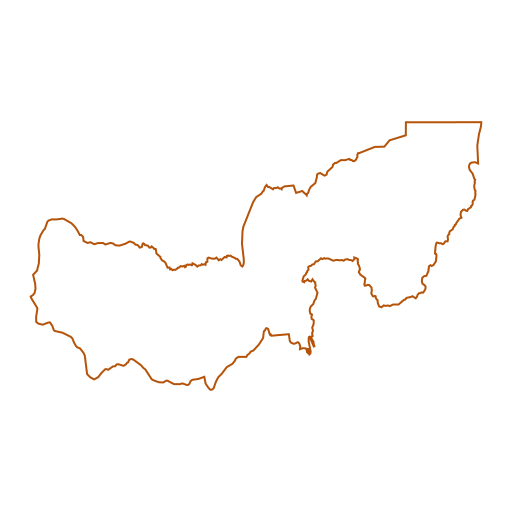 outline of Salcedo, Cotopaxi, Ecuador
{"feature_id": "8360857B66602561776891", "entity_name": "Salcedo", "entity_type": "district", "adm_level": 2, "iso_a3": "ECU", "parent_name": "Ecuador", "parent_adm1": "Cotopaxi", "projection": "equal_earth", "projection_center": [-78.584, -1.057], "detail": "fine", "context": "isolated", "style": "outline", "palette": "amber", "viewbox_px": 512, "rotation_deg": 0, "n_neighbors": 0, "source": "geoboundaries", "source_scale": "gbopen_adm2", "svg_char_len": 6069}
<svg xmlns="http://www.w3.org/2000/svg" viewBox="0 0 512 512"><path d="M314.4,346.2L313.9,344.9L313.4,341.4L311.8,339.3L311.4,336.5L312.6,336.0L312.1,333.1L312.9,331.2L312.9,330.3L312.2,327.7L313.6,324.1L313.8,320.8L313.6,320.1L311.6,318.8L311.4,316.6L312.0,315.0L311.8,314.3L310.4,313.8L309.7,310.8L309.9,308.7L310.8,306.4L313.2,304.2L314.5,300.5L315.9,298.7L317.5,292.7L315.0,287.6L315.7,285.8L315.1,283.1L315.3,282.5L313.8,281.2L312.5,279.3L311.2,281.5L308.8,280.8L307.7,279.3L306.3,280.6L304.6,281.0L304.3,282.2L302.6,281.6L302.4,280.5L303.7,276.4L305.8,274.4L306.3,272.9L307.1,272.2L307.2,271.1L308.5,269.6L308.2,267.1L309.6,266.0L310.7,266.0L312.3,264.5L313.8,264.4L315.8,261.4L317.7,261.3L321.0,258.3L322.3,259.1L324.3,258.1L325.2,258.7L328.1,258.4L333.3,260.7L336.3,259.9L340.4,260.3L341.9,260.0L343.7,260.7L345.2,259.5L347.6,259.2L348.9,259.9L351.3,260.2L352.6,261.0L354.4,259.1L354.3,257.5L357.6,258.8L358.0,259.7L357.5,261.0L358.1,262.5L357.8,263.8L359.0,265.6L359.9,268.8L359.8,270.1L359.3,270.5L358.8,272.1L360.3,274.6L364.8,277.8L365.4,278.7L364.9,279.9L364.8,283.0L364.3,283.8L364.6,285.5L365.0,285.8L367.6,284.9L369.3,285.1L371.5,287.6L371.8,290.5L371.3,293.3L372.5,295.8L373.3,296.5L374.9,295.9L375.6,296.2L375.8,297.9L376.7,299.5L377.5,300.1L377.9,303.4L379.2,306.5L381.6,307.2L383.7,305.4L385.6,305.9L387.9,305.5L389.9,306.1L393.0,304.5L398.5,304.5L403.8,300.0L405.3,299.5L406.5,297.9L411.1,296.9L412.4,296.2L415.7,298.3L417.0,296.7L417.7,294.6L419.1,293.2L420.5,293.1L421.4,292.4L423.0,292.7L423.6,292.1L425.4,289.0L425.6,286.9L425.1,285.6L422.5,283.7L421.9,281.6L422.2,277.9L424.2,276.1L426.4,275.8L428.7,270.4L428.4,269.2L428.8,268.4L428.9,266.4L430.5,265.2L431.7,266.0L433.5,265.0L435.9,261.3L436.5,255.5L436.1,254.0L435.3,253.9L435.0,253.3L435.6,246.3L436.3,243.3L437.0,242.5L439.3,243.3L440.8,243.2L442.6,244.2L443.7,243.7L445.4,241.3L447.6,241.3L448.0,239.4L447.6,236.5L448.1,235.2L449.3,234.1L449.2,232.9L449.8,231.3L452.6,229.4L453.8,226.7L454.6,226.2L454.8,224.9L455.8,224.4L456.4,222.9L459.5,218.5L461.4,217.8L460.5,214.7L461.0,211.8L463.1,209.7L464.5,209.6L465.9,210.7L467.3,210.9L467.9,209.3L470.9,207.2L471.1,206.0L471.8,205.7L472.7,204.1L472.6,201.9L473.0,200.7L474.4,199.7L475.6,194.5L475.2,193.6L475.5,191.0L475.1,190.7L474.5,188.7L474.2,185.6L474.9,182.8L474.6,181.3L475.2,179.7L474.4,179.0L472.6,173.6L469.6,169.7L468.9,166.5L469.8,163.8L471.4,162.6L475.1,162.2L478.1,163.5L477.3,145.4L479.0,134.1L481.0,126.3L481.3,122.2L405.9,122.3L405.8,135.3L389.6,140.3L384.3,146.7L374.8,146.9L358.7,153.3L358.1,153.1L357.3,154.8L357.4,157.1L356.5,158.3L356.3,159.4L354.2,161.2L353.0,161.1L351.6,160.0L350.3,160.0L349.4,158.9L344.8,160.2L340.9,160.1L336.3,163.0L335.1,162.9L333.0,164.6L332.5,167.0L327.4,171.6L326.6,174.5L325.7,175.2L324.4,175.6L320.1,173.0L317.6,173.9L317.0,175.1L316.8,177.4L315.3,183.1L310.6,187.0L309.1,189.9L308.1,193.0L307.0,193.9L306.7,195.3L305.6,193.8L304.9,193.6L302.3,191.0L296.1,192.9L293.5,185.5L284.4,186.4L281.9,188.0L281.6,189.2L280.9,188.5L279.6,188.6L277.8,187.3L276.9,187.9L273.7,188.2L273.0,189.3L269.1,186.9L268.1,187.1L266.6,185.0L264.9,187.2L263.7,190.8L262.9,191.2L261.4,193.7L256.2,197.1L253.1,202.2L243.4,226.6L242.5,231.3L242.0,243.8L243.8,259.4L243.8,262.9L243.1,265.5L242.3,266.5L240.7,265.2L239.5,261.6L237.3,258.9L235.6,258.7L234.8,257.9L231.8,256.7L230.5,255.6L228.8,256.0L228.0,255.5L226.8,255.9L226.6,257.4L224.6,257.0L221.5,260.0L220.3,259.2L218.8,260.3L216.4,257.6L214.8,258.7L212.2,258.7L208.5,257.6L207.5,258.2L207.3,261.8L205.9,262.3L205.5,264.8L204.4,264.2L202.9,264.8L201.7,264.1L200.6,265.3L198.7,265.5L197.3,266.6L195.4,264.8L192.5,263.3L192.1,265.2L191.7,265.3L190.3,264.5L188.5,264.9L187.4,264.5L186.2,265.2L185.9,266.7L185.0,267.2L184.2,265.8L182.5,266.5L180.7,266.1L179.0,267.6L177.8,267.7L177.4,268.5L175.3,269.9L174.1,269.7L172.4,270.2L171.5,269.0L170.1,269.4L169.6,267.5L167.6,267.7L165.4,262.7L164.0,261.3L162.1,260.4L160.4,257.9L160.4,256.9L156.5,253.6L155.7,249.0L154.2,249.0L153.8,248.2L151.6,246.4L150.6,247.6L149.4,247.6L147.8,245.6L145.0,245.1L144.3,244.0L143.3,243.3L142.7,243.6L141.8,247.0L139.7,247.6L138.2,245.5L136.7,244.8L135.5,244.7L133.8,242.9L130.2,241.5L129.3,241.6L125.5,243.7L119.6,245.6L115.5,245.3L113.0,243.5L110.5,242.9L105.4,244.5L103.0,243.0L97.8,243.1L94.3,244.2L90.2,242.2L87.6,243.0L83.6,241.0L83.1,236.9L81.2,235.0L79.8,235.0L77.5,230.6L75.0,226.9L72.9,224.7L71.2,223.1L63.8,218.9L62.3,218.6L56.8,219.4L51.7,219.4L48.7,220.5L47.4,221.7L44.9,228.8L43.4,230.4L40.5,235.3L39.4,238.3L38.5,243.8L38.5,247.0L39.3,254.9L38.8,263.6L37.0,270.6L33.1,274.8L35.2,284.0L35.5,288.9L34.5,293.1L32.8,295.2L30.7,296.5L31.2,298.1L37.1,307.7L37.4,308.7L36.1,317.2L36.2,321.9L38.5,323.7L42.8,324.7L48.4,322.5L50.0,322.4L52.2,325.6L53.9,330.3L54.9,331.0L62.5,332.7L70.9,336.9L72.4,338.5L74.0,342.5L76.0,346.0L77.2,347.3L80.0,348.4L83.4,352.7L84.8,355.6L87.1,374.1L90.4,377.4L94.1,379.4L98.2,377.2L101.5,372.9L105.3,369.2L106.5,369.1L108.2,369.8L112.8,366.5L115.2,366.2L116.6,364.5L118.2,364.2L123.4,365.8L125.8,364.5L127.0,362.8L128.1,362.4L129.2,359.7L131.4,359.0L133.4,359.6L141.0,365.2L143.3,367.9L145.3,369.4L151.7,379.3L154.6,380.7L158.7,382.2L163.2,382.5L166.0,380.8L167.3,380.6L174.0,384.1L180.1,384.1L182.3,383.4L186.9,385.0L188.1,384.9L189.2,384.1L190.6,381.1L192.3,379.8L198.3,379.0L204.3,376.8L205.6,383.6L208.3,387.6L210.2,389.7L211.1,389.8L212.4,389.4L213.7,388.1L215.8,382.0L218.2,377.3L221.8,373.7L226.7,367.2L232.5,363.8L235.0,360.6L235.8,358.6L238.4,356.9L246.4,356.9L247.3,355.1L249.4,353.5L250.6,351.7L253.4,350.5L258.9,344.5L263.1,338.0L263.8,331.8L264.3,330.8L264.8,330.7L266.0,328.3L266.8,328.2L268.1,328.9L269.8,334.5L270.3,335.1L270.8,334.5L271.7,335.7L288.8,334.2L289.9,341.3L291.1,342.7L293.6,343.8L295.4,343.4L297.6,342.2L298.5,342.5L299.4,343.8L300.2,346.2L300.0,349.2L302.5,348.2L305.8,348.4L306.6,349.6L307.0,352.1L307.5,352.6L307.8,349.0L308.2,349.0L309.1,351.6L309.5,354.3L310.3,353.6L310.7,351.8L308.6,341.2L308.8,337.2L309.4,336.7L310.4,337.4L310.6,339.1L313.8,346.5L314.4,346.2Z" fill="none" stroke="#b45309" stroke-width="2"/></svg>